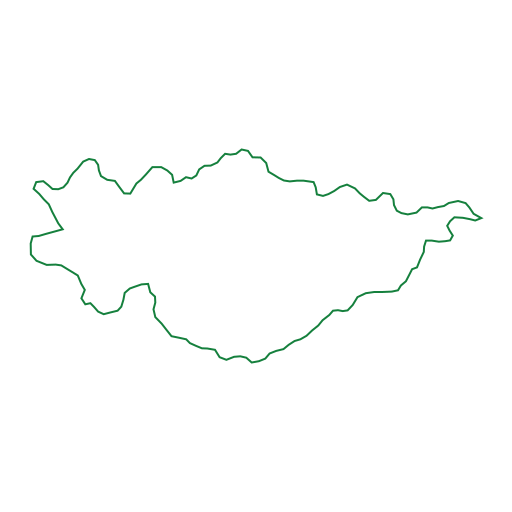 the district of Munhoz, Minas Gerais, Brazil
{"feature_id": "56859067B13523271218385", "entity_name": "Munhoz", "entity_type": "district", "adm_level": 2, "iso_a3": "BRA", "parent_name": "Brazil", "parent_adm1": "Minas Gerais", "projection": "mercator", "projection_center": [-46.3, -22.635], "detail": "fine", "context": "isolated", "style": "outline", "palette": "green", "viewbox_px": 512, "rotation_deg": 0, "n_neighbors": 0, "source": "geoboundaries", "source_scale": "gbopen_adm2", "svg_char_len": 2343}
<svg xmlns="http://www.w3.org/2000/svg" viewBox="0 0 512 512"><path d="M36.2,182.1L33.6,188.8L39.2,193.9L43.8,199.3L48.8,204.3L52.3,212.0L58.3,223.4L62.7,229.3L45.9,233.9L38.7,236.0L32.6,236.5L30.7,243.5L30.9,254.5L36.5,260.8L46.7,264.9L55.7,264.6L61.3,265.4L77.8,275.5L81.3,283.9L84.8,289.9L81.4,298.3L85.3,304.3L90.4,303.2L94.1,307.0L98.1,311.6L103.7,314.2L110.6,312.4L117.6,310.7L121.3,306.7L123.4,299.8L124.7,292.9L129.8,288.5L134.5,286.8L141.5,284.4L148.1,283.9L150.3,292.3L155.0,296.6L155.3,302.6L153.5,309.3L155.3,317.1L161.7,323.7L166.2,329.5L171.5,336.2L179.3,337.8L186.2,339.3L189.9,343.1L196.1,345.9L201.9,348.3L207.3,348.5L215.0,349.8L219.6,357.2L226.4,359.8L234.1,356.8L240.3,356.3L246.3,357.7L251.7,362.5L258.9,361.2L265.3,358.6L269.6,353.5L276.2,350.9L283.5,349.1L288.7,344.8L294.6,341.0L300.4,339.3L306.5,335.8L312.2,330.4L318.3,325.5L322.6,320.2L329.3,315.0L333.0,310.7L338.0,310.2L342.7,311.1L347.6,310.4L352.7,305.0L357.5,297.1L365.8,293.2L374.2,292.0L382.2,292.0L391.8,291.6L398.0,290.3L400.9,285.5L405.9,281.3L409.2,274.9L412.1,269.2L417.0,267.4L420.1,259.6L423.8,251.9L424.1,246.6L426.0,240.6L431.8,240.6L438.9,241.7L445.1,241.2L450.1,240.4L452.8,235.6L449.6,230.6L447.2,225.8L450.1,221.2L454.4,217.3L462.9,217.8L470.1,219.2L475.2,220.5L481.3,218.1L473.6,213.8L469.3,207.4L465.6,203.1L458.1,201.0L448.8,203.0L444.0,206.0L437.9,207.1L432.5,208.5L427.5,207.4L421.9,207.4L416.5,212.6L407.8,214.4L401.4,213.1L396.8,210.7L394.0,205.1L393.4,199.3L390.3,194.1L383.0,193.0L375.9,199.9L369.2,200.8L363.8,196.7L359.7,193.3L355.0,188.4L347.0,184.6L339.9,187.0L334.2,191.0L328.4,194.1L323.0,195.9L316.9,194.4L315.7,187.3L313.6,182.1L308.7,181.4L303.7,180.7L296.7,180.7L289.8,181.4L283.9,180.5L278.9,178.0L274.4,175.2L268.5,171.7L266.2,163.0L260.6,157.5L252.5,157.3L248.0,150.9L241.6,149.5L236.1,153.8L230.4,154.6L225.1,153.8L220.8,158.1L217.4,162.5L210.7,165.6L204.5,165.8L199.2,169.4L196.3,175.5L191.6,178.5L186.0,177.2L180.6,180.9L173.7,182.6L172.1,174.8L167.3,170.5L161.2,167.1L152.4,167.1L145.8,174.6L140.9,179.8L136.4,183.5L133.2,188.8L130.3,193.6L124.1,193.4L119.1,186.7L114.9,180.9L107.2,179.8L101.0,176.1L98.9,170.4L98.1,164.8L94.8,160.1L89.0,159.0L83.2,161.6L77.5,168.7L73.3,172.8L70.0,177.4L67.5,182.7L63.4,187.3L58.3,189.2L52.5,189.0L48.3,185.2L43.3,181.2L36.2,182.1Z" fill="none" stroke="#15803d" stroke-width="2"/></svg>